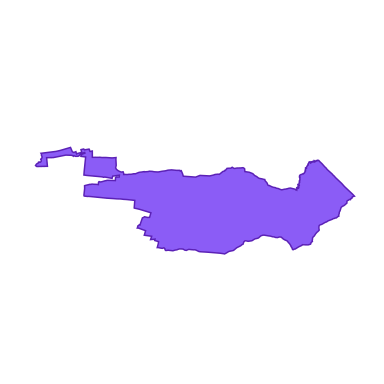 Sinesti, Iasi, Romania, rotated 285°
{"feature_id": "2599482B42807435674688", "entity_name": "Sinesti", "entity_type": "district", "adm_level": 2, "iso_a3": "ROU", "parent_name": "Romania", "parent_adm1": "Iasi", "projection": "mercator", "projection_center": [27.207, 47.114], "detail": "fine", "context": "isolated", "style": "filled", "palette": "violet", "viewbox_px": 384, "rotation_deg": 285, "n_neighbors": 0, "source": "geoboundaries", "source_scale": "gbopen_adm2", "svg_char_len": 6042}
<svg xmlns="http://www.w3.org/2000/svg" viewBox="0 0 384 384"><g transform="rotate(285 192 192)"><path d="M227.7,348.2L228.8,348.1L230.0,350.0L231.6,347.4L236.7,337.9L239.0,334.4L243.1,326.8L244.1,325.4L244.9,323.8L245.7,322.7L248.8,316.6L249.7,315.6L250.7,313.7L253.0,310.2L254.5,307.4L255.2,306.4L255.3,305.6L255.1,305.5L255.1,305.0L254.3,304.5L254.3,304.4L254.6,304.1L254.5,303.8L254.0,303.5L253.4,303.3L253.9,301.9L253.7,301.9L253.3,302.5L252.7,302.3L252.8,302.1L253.2,302.0L253.5,301.6L253.2,301.4L252.7,301.5L252.3,301.1L252.6,300.4L252.0,300.1L252.1,299.6L252.0,299.0L251.8,299.0L251.3,299.6L250.7,299.1L251.1,298.8L251.1,298.2L251.5,297.6L251.2,297.3L249.5,297.2L249.0,296.8L248.3,297.2L248.0,296.8L247.5,296.8L247.1,296.5L245.5,296.2L244.8,295.5L244.6,295.7L244.3,296.2L243.9,295.6L242.9,295.8L242.3,295.6L242.2,295.7L242.3,296.0L241.6,296.2L240.8,295.8L239.9,295.8L238.9,295.3L238.8,294.9L238.7,294.8L238.2,294.7L238.1,294.1L237.3,293.3L237.2,292.9L236.4,292.0L235.7,291.7L234.9,291.8L234.9,292.0L234.3,291.9L234.1,292.5L233.6,292.4L232.8,292.8L232.3,292.8L231.6,293.2L230.6,292.8L229.7,293.4L229.3,293.0L228.8,293.4L228.4,293.2L227.7,293.3L227.3,293.2L227.1,292.8L226.7,292.3L226.4,292.4L226.2,292.5L226.4,293.3L226.3,293.9L226.0,294.0L225.7,294.0L225.4,293.4L225.2,293.2L224.7,293.0L224.1,293.3L223.9,294.0L223.2,293.9L223.2,293.7L223.7,293.5L223.7,292.5L223.3,292.0L223.0,292.1L222.7,292.7L222.5,292.4L222.3,292.4L221.8,292.6L220.9,292.7L221.1,292.1L220.9,291.6L221.4,291.1L221.3,286.1L220.7,284.6L220.0,283.5L219.0,281.6L218.6,280.5L217.3,278.1L217.4,275.9L217.6,275.2L217.7,274.3L217.5,272.7L217.8,271.2L217.6,269.6L217.7,267.9L218.3,264.8L218.1,264.2L218.5,263.3L219.9,262.4L220.5,261.7L221.6,260.0L222.2,259.4L222.9,259.1L222.8,257.9L222.8,256.1L222.6,253.5L222.8,252.4L223.7,250.4L224.1,248.3L225.4,246.1L225.6,245.0L225.9,242.2L225.4,237.8L228.1,236.8L228.4,236.2L228.7,235.0L227.9,233.0L226.7,229.0L225.8,227.2L225.7,226.3L226.3,224.4L225.0,223.3L224.5,221.3L224.1,220.5L224.0,219.8L221.7,218.7L221.4,218.1L220.8,218.1L219.8,216.5L216.1,213.8L216.0,212.6L214.9,209.7L213.9,208.3L212.1,204.9L210.1,195.4L207.3,191.6L206.2,185.6L205.0,179.5L207.0,178.3L209.8,176.1L209.5,175.7L209.2,175.6L209.4,174.6L209.7,174.5L208.9,171.5L208.1,166.6L206.9,163.2L205.5,160.7L204.3,157.7L202.6,154.2L202.4,153.4L201.8,150.5L201.6,148.1L201.0,145.3L200.4,144.4L199.1,140.7L199.3,140.5L198.0,137.6L197.8,136.9L197.1,135.5L195.0,132.7L194.5,130.9L193.3,128.5L192.8,126.5L192.1,124.9L191.7,123.0L191.4,122.3L191.2,121.5L192.0,121.4L193.7,120.2L193.6,119.9L193.2,119.4L193.0,118.6L193.0,117.8L193.4,115.3L194.3,113.2L195.5,112.0L198.1,111.9L204.0,110.0L205.6,109.7L204.5,106.8L204.1,105.4L203.1,100.1L202.0,96.1L201.7,93.9L201.4,93.2L200.5,89.7L199.7,86.8L205.8,85.1L205.5,84.4L204.9,83.5L204.8,82.9L206.6,81.8L206.4,81.4L206.7,81.2L204.9,77.3L205.0,76.9L205.5,76.4L205.5,76.2L204.2,73.8L201.7,75.2L199.7,71.6L198.9,70.6L200.9,69.4L199.6,67.6L199.9,66.0L203.6,63.1L198.0,53.9L196.0,50.1L190.3,36.1L189.5,36.9L188.6,37.0L187.2,38.1L186.7,38.2L185.7,38.1L184.5,37.4L184.2,37.6L183.9,38.1L182.7,38.4L181.6,37.9L181.4,37.6L181.3,37.1L181.5,36.6L181.1,36.0L180.2,36.0L179.5,35.2L178.8,34.6L177.1,34.0L176.5,35.1L176.5,35.7L179.4,45.7L187.5,42.7L189.3,49.0L195.0,60.6L196.2,65.8L196.3,66.9L195.9,68.0L196.2,68.0L196.5,68.4L196.3,70.2L196.8,72.1L197.1,72.8L197.7,73.5L199.4,74.3L200.8,75.4L201.0,75.9L202.4,78.1L201.8,78.5L200.7,76.9L199.7,75.7L198.9,75.5L197.7,75.5L198.3,80.2L184.1,82.5L180.4,83.2L180.8,86.3L183.1,99.7L183.4,101.7L183.3,102.7L183.9,104.0L184.5,111.3L186.8,111.3L189.5,117.5L187.6,117.8L186.8,115.2L186.2,114.4L183.2,115.0L181.3,106.9L180.9,106.4L180.3,105.1L178.5,102.1L177.9,100.6L178.0,99.6L177.6,99.3L177.0,99.2L174.9,99.6L174.7,97.9L174.0,94.9L173.9,94.0L173.6,93.0L173.1,92.4L173.1,91.6L170.8,87.4L170.3,86.6L167.5,87.4L161.1,88.4L160.3,88.7L160.2,89.1L160.7,92.5L161.0,93.2L161.8,97.9L164.0,111.3L165.2,117.3L165.9,121.1L166.8,124.9L167.2,127.8L167.8,130.7L169.1,138.9L161.6,140.3L161.5,141.0L161.6,142.3L161.7,145.8L161.3,157.7L156.5,157.6L155.9,155.6L155.8,152.5L154.8,151.7L154.2,150.8L147.4,150.3L146.8,150.4L146.7,149.5L146.0,149.3L145.3,148.5L143.0,148.5L143.3,149.3L142.6,157.2L137.9,157.1L138.8,164.5L135.3,164.3L136.9,168.5L135.5,168.5L135.4,172.5L133.5,172.8L129.3,172.8L129.6,174.0L129.7,176.2L129.8,177.2L130.0,178.2L130.7,179.0L130.8,179.4L130.2,180.5L129.5,180.8L128.8,181.4L128.7,181.9L129.6,184.1L130.3,188.8L131.5,190.7L132.3,192.5L132.9,193.2L133.8,194.7L134.4,197.3L134.5,198.4L134.0,199.9L134.1,201.6L135.4,203.2L135.8,203.9L136.1,206.0L136.6,208.7L137.0,209.9L136.8,211.5L136.3,214.0L136.4,215.3L137.8,222.1L140.1,234.7L140.6,238.8L140.6,239.4L140.6,239.5L141.6,240.6L143.9,242.8L144.4,243.5L146.1,246.9L146.8,247.6L149.7,249.6L152.7,253.0L154.0,253.8L154.7,254.8L157.3,255.0L158.6,255.9L158.8,256.7L158.9,259.0L160.2,262.0L160.7,262.8L162.3,264.2L163.2,265.2L163.9,266.7L164.8,268.1L167.4,269.8L168.5,271.4L169.0,272.8L169.5,278.0L169.7,279.0L169.6,281.3L169.9,283.0L169.7,284.4L170.1,286.4L171.2,288.1L171.5,289.9L171.3,290.3L170.9,290.9L170.8,291.5L170.4,291.9L169.8,293.8L169.5,295.9L169.2,296.9L168.0,298.3L167.6,299.2L166.7,300.3L165.4,301.6L164.9,301.8L164.2,302.8L162.5,304.0L162.4,304.5L162.5,304.8L163.3,305.5L163.6,306.4L166.7,309.3L168.9,312.0L169.4,312.1L169.8,312.5L169.9,313.5L171.0,317.9L172.3,320.0L172.6,320.1L174.0,320.1L175.4,321.1L176.2,320.7L177.7,320.6L178.9,320.3L180.0,320.7L181.2,321.5L183.5,322.2L185.4,323.1L186.2,323.7L187.9,324.7L188.5,324.6L189.2,324.2L190.7,323.7L192.2,323.5L192.8,323.7L193.8,324.7L194.2,325.6L197.4,328.8L197.8,329.6L199.4,331.0L201.9,334.5L202.8,335.3L203.4,336.5L203.9,337.0L204.2,337.9L204.7,338.4L206.1,339.3L206.6,340.1L206.8,340.1L207.8,339.6L209.1,339.8L210.6,339.5L212.2,339.9L215.7,340.0L217.1,341.0L217.8,341.9L218.8,342.8L221.4,344.5L222.8,344.1L223.8,344.2L224.5,345.2L225.4,345.8L225.6,346.3L225.5,346.9L225.7,347.1L226.2,346.9L226.8,347.2L227.1,347.7L227.4,347.8L227.7,348.2Z" fill="#8b5cf6" stroke="#5b21b6" stroke-width="1.5"/></g></svg>